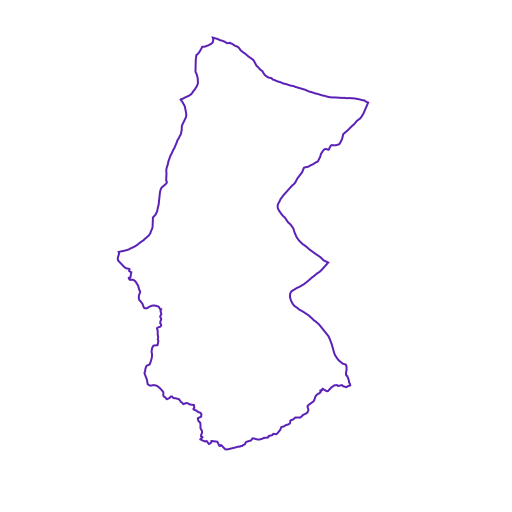 Gogne, Gash Barka, Eritrea, rotated 19°
{"feature_id": "51966322B22104639237429", "entity_name": "Gogne", "entity_type": "district", "adm_level": 2, "iso_a3": "ERI", "parent_name": "Eritrea", "parent_adm1": "Gash Barka", "projection": "albers", "projection_center": [37.411, 15.143], "detail": "fine", "context": "isolated", "style": "outline", "palette": "violet", "viewbox_px": 512, "rotation_deg": 19, "n_neighbors": 0, "source": "geoboundaries", "source_scale": "gbopen_adm2", "svg_char_len": 6085}
<svg xmlns="http://www.w3.org/2000/svg" viewBox="0 0 512 512"><g transform="rotate(19 256 256)"><path d="M326.4,238.7L321.3,238.1L317.2,236.1L311.6,234.6L303.7,232.2L301.4,231.1L297.7,229.9L296.2,229.6L291.5,227.3L288.4,225.1L284.6,221.0L282.5,218.0L279.4,215.6L277.0,214.3L275.8,214.0L270.6,210.2L268.8,209.5L266.9,208.4L263.5,206.0L261.4,204.1L260.8,203.2L260.2,201.8L260.0,200.7L260.0,198.8L260.4,197.3L260.7,194.2L262.1,189.8L267.0,178.1L268.7,175.1L269.1,174.1L269.9,169.1L272.3,161.9L272.6,157.0L273.2,156.4L275.9,154.8L276.8,154.1L278.1,152.5L280.2,150.5L282.2,147.9L283.7,146.5L284.4,141.4L284.2,138.3L285.1,134.7L285.7,133.3L286.5,132.4L287.3,132.0L289.9,132.0L290.2,131.7L290.5,128.7L290.9,127.2L291.3,126.6L294.5,125.7L296.2,124.8L298.2,123.3L298.6,122.4L299.2,118.4L299.3,117.0L298.8,112.4L301.8,107.3L304.3,102.1L306.0,99.2L307.4,95.4L309.8,91.8L310.3,90.4L311.2,86.4L312.1,74.4L309.5,74.2L307.4,73.6L306.5,74.0L302.0,74.3L297.5,75.0L292.5,76.4L290.3,77.3L288.0,77.7L286.0,78.5L279.6,80.2L276.3,81.3L274.3,81.8L270.9,82.2L268.7,82.2L266.5,82.6L261.1,82.7L259.5,83.0L257.1,82.9L252.3,83.2L248.1,82.8L237.7,83.3L236.7,83.1L232.3,83.7L229.5,83.6L225.5,84.0L223.0,83.7L219.5,83.9L215.9,83.6L215.0,83.7L213.9,83.5L212.8,82.8L209.8,83.2L208.8,83.1L205.6,82.1L203.2,80.4L202.0,79.2L199.1,78.3L197.2,77.1L194.6,76.0L190.4,72.1L189.3,71.4L184.1,69.9L179.8,68.2L177.8,67.7L174.5,66.5L172.0,64.7L170.1,64.0L169.4,64.2L166.8,63.9L164.7,63.2L162.7,63.2L162.3,62.9L161.8,62.9L161.3,63.4L159.5,64.2L155.9,63.5L152.7,63.5L152.1,63.7L149.0,63.3L144.0,63.6L144.9,64.9L145.3,66.0L145.5,68.1L145.2,68.9L144.5,70.0L142.5,72.2L139.5,74.7L137.0,75.8L136.8,77.9L136.0,81.7L135.2,83.9L134.5,85.2L134.2,85.4L135.2,90.2L138.5,100.6L138.9,101.6L141.0,103.8L143.1,107.1L144.8,111.3L144.9,112.9L144.7,115.0L143.8,118.8L143.0,120.8L142.6,122.6L142.0,124.2L140.3,126.4L136.8,129.7L135.9,130.9L134.1,132.1L133.8,132.6L136.7,134.7L139.9,137.6L143.4,143.6L144.3,145.7L144.6,147.5L143.5,157.0L144.8,161.3L144.9,163.1L145.2,163.8L145.2,165.7L144.8,167.7L144.7,169.5L144.0,172.5L144.1,174.1L143.6,181.1L143.3,181.9L142.8,187.1L142.4,189.4L142.4,195.7L142.7,197.2L142.9,202.8L143.7,205.4L144.6,207.4L146.3,213.4L147.6,215.1L147.7,215.7L147.7,216.2L147.3,217.3L144.7,221.6L144.2,223.2L144.4,226.8L147.3,239.5L147.4,242.0L148.0,246.0L147.5,249.8L146.0,253.1L148.7,262.0L148.9,263.7L148.6,267.3L148.7,268.7L147.9,271.7L145.1,276.4L144.7,277.5L142.4,280.5L139.8,284.6L137.5,287.3L134.7,289.9L133.7,291.1L131.5,292.8L124.8,296.9L125.7,298.3L126.0,303.2L127.0,305.1L134.0,308.8L135.9,309.6L137.4,309.9L139.7,309.5L140.7,309.6L140.8,311.0L141.1,311.6L143.4,312.0L144.2,317.1L144.1,317.5L143.0,317.8L142.8,318.1L143.1,318.5L143.8,319.3L144.7,319.6L147.4,318.5L149.4,318.9L150.3,319.3L154.2,322.4L156.2,325.4L157.3,326.7L158.0,327.1L158.2,328.5L158.2,331.7L158.8,333.8L159.9,335.5L160.2,335.8L161.5,336.3L162.0,336.8L163.9,337.9L166.9,341.4L168.7,341.5L169.8,340.9L170.2,340.6L171.7,338.7L173.2,337.3L174.3,336.6L175.9,335.9L178.2,335.6L179.9,335.6L180.7,335.8L182.6,337.4L183.7,337.3L183.6,339.0L185.4,341.7L185.1,343.8L185.2,344.7L186.9,346.3L187.0,347.1L186.9,348.9L187.3,350.7L188.7,351.8L188.9,352.4L188.8,353.2L188.2,354.4L187.2,355.0L186.1,356.0L186.0,356.8L187.6,359.1L188.5,362.0L190.0,364.7L190.3,366.9L191.1,367.7L191.5,368.9L191.9,372.4L188.6,373.9L188.2,374.3L187.9,375.3L187.8,377.3L188.4,380.5L189.7,382.8L190.2,384.3L190.5,385.5L190.8,388.9L190.8,392.9L190.5,393.4L188.7,395.0L188.3,395.6L188.1,397.0L188.2,398.9L188.7,401.3L188.6,402.6L188.9,403.4L193.3,408.7L195.2,412.3L196.7,412.9L197.8,413.0L198.8,412.8L201.2,411.4L203.4,411.0L205.0,411.1L206.0,411.4L208.7,412.5L212.3,414.6L213.2,415.9L213.5,417.5L214.2,418.6L214.8,418.9L216.5,419.3L217.7,420.2L218.4,420.4L220.5,418.4L221.1,416.7L222.3,416.2L224.2,417.2L226.4,416.7L229.7,416.5L231.4,417.5L232.4,418.4L233.9,418.8L235.5,419.7L235.8,419.6L236.4,418.9L237.0,418.6L237.5,418.0L238.6,417.5L240.4,417.6L241.4,418.0L242.5,417.7L244.3,417.5L245.3,417.1L245.8,417.1L247.1,419.6L246.6,420.7L246.9,421.4L248.4,421.6L250.0,421.5L251.1,422.1L251.9,422.3L254.6,422.4L256.0,423.6L256.4,425.8L253.8,428.3L254.1,429.0L255.5,431.0L256.7,431.3L257.6,432.0L258.2,433.0L259.5,436.7L260.0,437.4L261.6,438.7L262.3,440.0L262.5,440.8L262.4,443.0L262.6,444.1L262.7,444.3L264.1,444.5L264.4,444.9L263.1,447.2L263.1,447.5L266.4,447.9L268.4,447.9L269.3,447.1L270.3,447.3L270.8,447.9L272.7,449.1L273.3,448.6L274.0,447.6L274.5,446.2L274.1,445.5L274.4,445.3L279.9,444.2L283.2,447.4L283.7,447.4L284.2,447.0L284.3,446.3L284.9,446.2L289.9,448.8L290.4,448.7L292.2,448.0L299.1,443.6L301.5,441.8L302.6,441.7L303.8,440.5L304.9,440.0L305.6,438.7L306.8,437.7L307.0,435.4L308.5,434.0L310.8,432.5L311.3,432.0L312.2,429.5L312.8,429.3L317.1,429.0L318.4,428.7L320.9,427.2L322.6,425.5L326.3,423.8L326.7,423.0L326.5,422.4L326.7,422.0L329.8,420.0L330.1,418.7L330.4,418.4L332.7,418.1L333.7,417.3L335.5,412.6L335.7,409.4L337.8,408.1L339.3,406.2L341.4,404.7L342.3,403.6L342.6,402.7L342.1,400.6L342.5,399.8L344.1,398.8L345.8,395.9L350.5,394.3L352.0,391.6L352.1,391.1L354.9,388.3L355.5,387.4L355.8,385.0L355.3,383.9L354.0,382.1L353.6,381.1L353.7,380.8L354.4,379.4L357.6,374.9L357.9,373.9L358.0,372.2L357.9,369.9L358.2,368.5L359.5,366.0L360.5,365.4L361.4,363.6L361.4,363.2L360.6,362.5L360.6,362.2L361.1,361.8L361.9,361.6L362.1,361.3L361.9,360.6L362.2,360.4L362.4,359.8L366.5,360.8L367.9,360.5L370.1,355.6L372.3,352.7L374.6,351.7L375.9,352.2L379.3,350.1L380.8,350.8L384.2,350.6L385.1,349.3L387.2,347.7L386.8,346.8L384.9,344.8L384.4,343.6L383.1,341.8L381.3,339.8L380.8,339.8L379.9,339.1L379.2,337.5L378.6,333.7L377.3,330.6L376.9,330.1L376.3,329.5L372.9,329.5L368.6,327.9L366.8,326.9L363.1,324.1L361.6,322.4L356.2,314.6L352.5,310.2L350.6,308.2L337.9,300.2L334.0,298.6L331.2,297.8L330.5,297.3L325.2,295.0L318.1,293.2L314.1,292.5L311.8,291.6L308.3,290.6L306.2,289.2L303.7,286.9L301.5,283.8L300.6,280.8L300.7,278.9L301.2,277.6L305.0,273.0L307.5,270.6L310.6,266.9L312.9,263.4L316.1,257.8L316.9,256.8L319.3,252.8L321.4,250.1L322.9,247.1L326.4,238.7Z" fill="none" stroke="#5b21b6" stroke-width="2"/></g></svg>